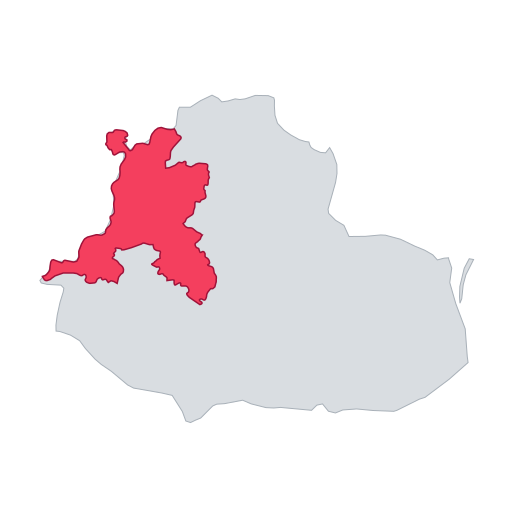 location of Vilniaus within Lithuania, rotated 177°
{"feature_id": "LTU-1075", "entity_name": "Vilniaus", "entity_type": "County", "adm_level": 1, "iso_a3": "LTU", "parent_name": "Lithuania", "parent_adm1": "", "projection": "mercator", "projection_center": [25.254, 54.825], "detail": "fine", "context": "in_parent", "style": "filled", "palette": "rose", "viewbox_px": 512, "rotation_deg": 177, "n_neighbors": 0, "source": "natural_earth", "source_scale": "10m", "svg_char_len": 8057}
<svg xmlns="http://www.w3.org/2000/svg" viewBox="0 0 512 512"><g transform="rotate(177 256 256)"><path d="M176.8,360.4L173.7,354.2L170.5,343.1L170.8,334.2L172.7,325.3L181.6,299.0L181.2,294.7L174.6,287.4L166.6,282.0L162.1,270.6L145.8,269.9L130.4,270.5L125.6,270.0L110.9,265.2L96.8,257.5L87.3,253.0L79.4,247.9L75.1,242.6L68.3,244.0L63.8,244.1L63.8,243.1L61.2,233.7L63.9,219.3L59.0,198.0L50.9,172.3L50.3,144.7L49.8,138.5L69.6,122.8L94.6,106.0L100.3,104.5L123.4,94.5L126.5,93.7L147.3,95.6L163.6,98.0L177.4,97.7L184.9,95.1L191.8,97.2L197.3,104.8L203.0,103.9L208.6,99.0L239.4,103.5L246.3,103.3L254.1,104.1L268.6,108.6L276.9,112.7L295.2,110.2L303.0,110.1L307.1,108.5L319.7,97.1L325.1,95.2L330.1,93.1L334.7,94.9L337.7,104.6L347.0,121.2L357.2,124.1L385.1,130.5L390.9,133.9L406.6,148.5L416.1,155.7L422.1,161.4L431.2,172.5L436.5,180.6L445.4,186.7L455.9,190.9L459.6,191.5L459.4,197.4L457.6,207.3L454.1,220.1L450.4,230.1L449.6,233.9L452.3,237.1L466.1,238.6L471.9,240.3L473.1,242.9L470.0,246.3L465.6,249.1L463.7,251.8L460.2,261.4L437.3,260.2L434.3,262.1L432.8,266.6L431.7,271.7L428.7,277.8L422.6,283.0L413.1,285.0L405.4,288.6L399.6,299.6L395.2,314.4L395.4,324.9L395.9,330.7L395.4,334.0L392.5,337.6L387.7,347.2L383.8,357.8L382.3,363.6L383.1,366.2L387.4,366.3L393.8,368.5L397.1,372.7L398.4,377.6L398.4,382.8L397.2,385.7L392.1,387.7L384.2,387.8L379.6,385.3L378.6,383.4L380.8,378.3L379.2,372.0L375.9,368.5L369.2,373.8L362.8,373.8L355.1,378.4L350.1,385.9L345.3,388.7L332.2,387.2L329.0,390.5L326.3,405.6L324.7,408.6L313.8,408.0L303.3,414.0L291.5,418.9L285.5,415.5L282.1,411.7L275.7,412.3L268.6,414.0L263.9,413.1L258.6,413.5L248.3,416.4L235.4,415.5L229.9,413.0L229.4,410.6L229.8,404.7L229.7,395.5L227.6,387.4L221.5,380.2L215.0,375.1L206.7,369.9L200.6,367.7L197.2,367.1L196.5,364.1L195.3,361.5L192.4,359.2L186.3,356.1L181.1,355.4L176.8,360.4ZM43.2,242.1L38.9,241.1L47.4,226.2L50.6,216.4L52.8,202.5L54.8,198.2L54.9,204.5L54.0,215.0L48.7,232.9L43.2,242.1Z" fill="#d9dde1" stroke="#a8b0b8" stroke-width="1"/><path d="M470.4,246.8L467.5,247.6L466.4,248.3L464.3,250.4L463.1,252.0L462.6,253.4L462.1,257.0L461.3,260.7L460.1,262.6L458.5,262.9L450.7,259.4L449.7,259.5L449.0,260.2L448.6,260.9L448.1,261.4L447.4,261.7L446.8,261.7L438.6,259.5L435.3,260.1L433.0,263.8L432.8,265.3L432.8,268.5L432.7,270.0L432.3,271.1L429.6,277.1L427.1,281.0L426.0,282.2L423.3,283.7L414.4,285.6L413.0,285.5L410.3,284.9L408.9,284.9L406.2,286.1L405.3,286.8L405.0,287.8L404.9,288.9L404.4,290.3L402.9,292.1L401.2,293.4L399.7,295.0L398.9,297.4L399.0,298.5L399.7,301.1L399.7,302.1L399.4,303.2L399.0,303.5L398.5,303.5L397.8,303.8L396.2,305.3L395.4,306.4L395.1,308.2L395.4,314.7L395.3,316.0L395.0,317.4L394.6,318.5L394.3,319.8L394.2,321.4L394.7,323.9L396.5,328.5L397.0,330.9L396.6,333.5L395.5,335.5L394.1,336.9L389.6,339.6L388.5,341.1L387.7,343.7L387.3,347.0L387.4,349.7L387.1,352.1L385.8,354.9L382.4,359.0L381.0,361.7L380.9,364.9L381.9,366.6L383.5,367.2L386.7,367.0L391.2,364.6L392.3,364.3L393.3,364.9L393.7,366.0L393.9,367.2L394.7,369.5L395.0,369.9L395.3,370.0L396.1,369.7L396.5,369.8L397.2,370.6L397.9,371.5L398.4,372.6L398.9,374.0L399.2,374.5L399.6,374.6L400.0,374.9L400.2,375.7L400.0,376.2L399.1,377.4L398.9,378.0L398.8,383.7L398.2,385.7L396.5,387.0L395.7,387.1L392.9,386.8L392.1,387.1L390.9,388.8L390.1,389.2L388.5,389.3L382.0,388.2L380.0,387.2L378.3,385.6L377.8,383.3L378.3,382.4L380.4,381.7L380.9,380.8L380.5,379.7L378.8,378.7L378.9,377.5L380.4,376.6L382.2,376.8L382.8,376.3L377.6,369.1L377.2,368.4L376.7,367.9L375.8,367.7L373.9,368.6L371.0,373.0L369.2,374.2L363.1,374.5L358.4,372.8L357.1,373.1L356.2,374.7L354.7,380.7L353.4,383.3L350.4,386.7L347.2,388.8L343.9,389.3L338.0,387.1L334.6,386.6L331.2,387.0L330.9,387.2L329.5,384.5L329.0,382.7L328.7,381.9L328.2,381.2L327.5,380.8L325.7,379.9L325.0,379.2L324.6,378.2L324.9,377.0L332.8,369.1L335.5,365.6L336.0,363.7L336.4,359.9L336.8,358.1L337.0,357.5L337.3,357.1L338.1,356.7L340.0,356.3L341.4,355.6L341.7,354.2L341.6,348.4L337.9,348.7L331.8,350.9L328.4,353.5L327.6,353.6L326.6,353.3L325.1,353.0L324.2,353.2L323.1,354.0L322.4,354.2L321.6,354.1L321.1,353.5L321.0,352.7L321.2,351.9L321.3,351.1L321.1,350.4L320.6,350.0L318.5,349.0L316.5,348.5L315.4,348.6L314.1,349.4L312.4,350.1L311.5,350.8L309.0,351.5L307.8,351.6L301.2,350.7L299.7,349.8L299.5,348.9L299.5,347.9L299.8,346.8L300.1,344.9L299.8,344.0L298.5,342.6L298.4,342.3L298.6,341.9L299.0,341.5L299.1,340.3L299.2,339.5L298.5,336.6L299.3,335.6L299.8,334.0L300.0,331.3L300.2,330.2L300.6,329.4L301.3,329.2L301.9,329.5L302.6,329.7L303.2,329.6L303.8,329.1L304.2,328.3L304.4,327.1L304.6,326.4L304.6,325.6L304.5,325.1L303.4,323.9L303.6,322.4L303.5,321.7L303.3,320.8L303.1,319.7L302.9,318.7L303.0,317.5L303.6,316.5L304.9,315.7L307.9,314.8L308.8,313.3L309.3,312.8L310.1,312.9L312.8,313.5L313.6,313.3L314.1,312.7L314.3,311.3L314.4,310.0L314.5,308.8L314.7,307.6L315.8,305.0L316.3,302.5L316.5,301.8L317.0,301.1L317.8,300.4L322.7,297.7L323.7,296.7L324.9,294.0L327.1,292.3L326.7,291.5L325.1,289.3L323.8,288.3L322.4,287.7L319.3,287.5L317.9,286.9L313.9,283.2L310.2,281.3L309.2,280.0L308.5,279.8L310.0,277.7L310.4,276.6L310.8,275.8L311.1,275.5L311.5,275.1L312.4,274.5L312.8,274.2L313.2,273.7L313.6,273.3L314.9,272.6L315.5,272.1L316.0,271.6L316.2,271.0L316.2,270.3L315.9,269.0L315.1,267.6L312.9,266.5L311.9,263.1L311.5,262.5L310.9,262.4L309.4,263.2L308.5,263.2L307.6,262.7L306.8,261.2L306.8,259.6L306.9,258.6L306.7,257.8L306.1,257.2L304.8,256.4L304.2,255.8L303.5,254.8L303.0,253.6L302.7,251.8L303.0,250.8L303.5,250.3L304.2,250.1L304.7,249.8L304.6,249.3L303.6,248.7L300.7,247.6L299.8,246.8L299.2,245.7L298.6,241.1L297.2,238.8L296.7,237.3L296.8,235.6L297.0,234.4L297.0,233.2L297.2,231.9L297.5,231.2L298.7,227.3L300.8,225.7L301.3,225.6L301.9,225.6L302.5,225.9L303.2,225.6L305.8,222.7L306.7,221.3L307.2,220.1L307.6,217.8L308.1,216.5L308.9,215.1L309.7,214.7L310.5,214.8L312.2,215.8L313.1,216.0L314.3,215.7L314.8,215.2L314.7,214.5L314.2,213.9L312.8,212.9L312.4,212.3L312.4,211.6L312.8,211.1L313.1,210.9L314.6,210.4L324.8,218.2L326.6,220.3L327.1,221.4L327.1,222.2L326.7,222.6L325.6,223.3L325.2,223.8L324.9,224.6L324.8,225.4L324.9,226.2L325.1,227.0L326.0,228.7L326.9,229.4L328.1,229.8L331.6,229.9L332.4,230.2L332.8,230.9L332.7,231.8L332.6,232.6L332.9,233.0L333.5,233.2L335.0,232.8L337.9,231.3L338.5,231.3L338.8,231.6L339.1,232.4L339.2,233.5L339.1,235.4L339.1,236.1L339.8,236.4L340.5,236.6L346.2,236.1L346.0,238.7L346.3,239.3L347.0,240.0L349.0,241.6L349.9,243.0L350.7,243.3L351.4,243.2L352.3,242.9L353.3,242.7L354.4,243.0L354.9,243.5L354.9,244.3L354.7,245.1L354.3,245.9L353.2,247.3L352.8,248.1L353.1,249.7L353.6,250.2L354.3,250.3L355.1,250.1L355.9,250.1L359.5,252.2L360.5,253.0L360.4,253.6L359.8,253.9L358.9,254.2L358.2,254.6L357.4,255.6L356.1,256.4L355.1,257.4L354.4,257.8L351.9,258.8L352.0,261.4L351.6,263.4L351.2,264.9L351.4,265.5L351.9,266.0L354.9,266.7L356.0,267.3L357.2,268.3L357.6,269.3L357.8,269.9L358.3,272.8L361.8,272.9L366.5,274.6L367.7,274.8L368.8,274.6L369.7,274.0L379.8,270.9L387.5,269.1L389.8,269.1L390.0,269.6L390.2,270.1L390.9,270.5L394.9,271.3L395.9,271.2L396.2,270.9L395.9,270.2L395.7,269.2L395.9,268.2L397.3,266.9L397.9,266.2L398.1,265.7L397.9,265.4L397.4,265.0L397.3,264.4L397.6,263.6L399.3,262.2L399.6,261.4L399.2,260.8L398.4,260.5L397.7,260.1L397.1,259.6L395.8,258.9L395.0,258.2L393.8,256.7L393.4,255.9L392.9,255.2L390.7,253.2L389.6,251.7L389.3,250.8L389.0,249.7L389.2,247.8L389.5,246.9L389.9,246.2L392.0,244.8L394.2,242.2L394.6,241.1L396.1,235.9L399.3,238.0L402.1,238.9L404.9,237.3L405.7,238.4L406.5,239.9L407.1,240.5L408.0,240.7L410.1,240.2L410.7,240.3L411.2,240.9L411.5,242.0L411.9,242.4L412.7,242.6L414.0,242.3L414.9,241.8L415.7,241.2L416.1,240.7L416.8,239.1L417.1,238.6L417.6,238.1L418.0,237.8L418.8,237.6L423.4,237.4L424.4,237.7L426.4,238.6L427.3,239.5L427.8,240.5L427.8,241.4L427.3,242.3L426.7,243.5L426.7,244.8L427.2,246.1L428.1,246.6L429.4,246.4L430.1,245.8L430.8,245.5L431.7,245.5L433.1,246.1L435.7,247.8L439.4,248.6L449.4,249.1L457.7,246.7L461.3,244.4L461.9,243.9L462.5,243.4L465.9,242.4L467.0,242.4L468.0,242.9L468.6,243.4L470.2,246.3L470.4,246.8Z" fill="#f43f5e" stroke="#9f1239" stroke-width="1.5"/></g></svg>